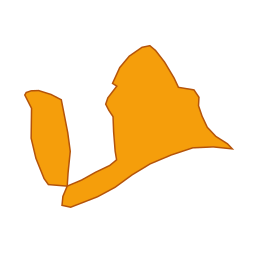 outline of Brunei, rotated 185°
{"feature_id": "BRN", "entity_name": "Brunei", "entity_type": "country or territory", "adm_level": 0, "iso_a3": "BRN", "parent_name": "Asia", "parent_adm1": "", "projection": "albers", "projection_center": [114.782, 4.523], "detail": "fine", "context": "isolated", "style": "filled", "palette": "amber", "viewbox_px": 256, "rotation_deg": 185, "n_neighbors": 0, "source": "natural_earth", "source_scale": "50m", "svg_char_len": 810}
<svg xmlns="http://www.w3.org/2000/svg" viewBox="0 0 256 256"><g transform="rotate(185 128 128)"><path d="M183.5,64.8L169.7,72.1L156.3,81.2L142.9,89.1L136.6,95.3L138.8,103.9L142.0,123.0L143.9,138.0L148.6,143.9L152.3,149.8L150.7,156.3L142.8,168.7L147.3,171.1L141.5,187.5L133.0,199.7L121.1,209.6L113.4,211.9L107.3,207.6L97.3,196.8L86.4,181.7L81.3,172.9L65.6,171.7L60.0,164.8L59.7,156.3L55.3,146.3L49.1,135.6L39.8,127.3L27.5,120.9L22.3,116.3L41.4,116.6L61.7,113.9L82.6,104.9L102.8,94.2L119.7,81.8L135.6,67.9L152.3,56.9L178.2,44.1L187.0,45.2L186.9,54.2L183.5,64.8ZM202.4,64.7L207.2,70.3L217.1,89.8L223.6,109.4L225.8,139.2L233.7,151.9L232.5,154.5L227.7,156.6L220.3,157.5L207.6,154.7L196.9,150.3L187.6,118.0L183.5,99.7L183.8,77.9L183.5,64.8L202.4,64.7Z" fill="#f59e0b" stroke="#b45309" stroke-width="1.5"/></g></svg>